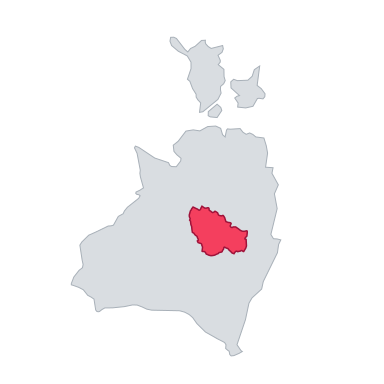 location of Järva within Estonia, rotated 103°
{"feature_id": "EST-1656", "entity_name": "Järva", "entity_type": "County", "adm_level": 1, "iso_a3": "EST", "parent_name": "Estonia", "parent_adm1": "", "projection": "orthographic", "projection_center": [25.661, 58.953], "detail": "fine", "context": "in_parent", "style": "filled", "palette": "rose", "viewbox_px": 384, "rotation_deg": 103, "n_neighbors": 0, "source": "natural_earth", "source_scale": "10m", "svg_char_len": 4369}
<svg xmlns="http://www.w3.org/2000/svg" viewBox="0 0 384 384"><g transform="rotate(103 192 192)"><path d="M309.6,288.7L308.4,289.0L301.4,288.0L293.7,284.4L290.4,281.7L287.1,281.8L283.1,283.7L269.0,289.3L265.5,288.1L257.3,282.9L253.1,277.3L244.0,266.0L243.2,263.3L242.0,261.1L232.3,258.3L228.7,254.2L225.7,253.6L221.4,251.5L210.1,242.5L207.3,241.7L206.6,243.2L206.7,245.3L206.0,246.5L204.6,246.5L202.0,243.2L198.9,240.2L189.0,245.6L185.5,247.0L182.4,247.3L166.7,254.2L161.9,258.0L160.0,257.5L160.5,253.9L167.3,235.9L168.7,221.5L171.1,219.6L171.8,217.6L170.9,213.0L164.3,210.0L161.6,210.3L159.1,215.2L156.5,218.7L150.6,220.8L145.7,216.9L134.0,211.6L131.2,204.8L130.7,198.1L124.7,191.4L122.4,183.7L123.5,178.4L129.3,175.1L130.9,172.1L123.9,172.3L122.5,171.6L122.2,168.8L119.4,159.4L122.3,155.8L123.6,152.2L121.5,149.1L122.2,145.7L124.0,142.2L123.2,134.1L130.3,130.0L137.1,127.1L151.3,125.9L150.1,118.5L155.8,118.3L165.6,109.5L175.2,111.3L189.0,105.3L215.6,105.6L219.2,102.1L218.6,98.5L218.7,94.7L223.6,95.8L232.0,95.1L263.2,102.4L270.9,102.3L281.7,109.7L287.5,111.5L304.4,111.2L330.7,113.8L335.6,108.5L336.1,107.1L338.7,109.9L342.0,114.4L342.9,117.0L341.9,118.6L338.8,120.0L338.2,121.5L336.9,124.0L333.2,124.5L331.3,126.4L329.3,134.3L325.4,147.4L319.2,157.5L314.2,163.1L312.0,167.3L310.7,172.3L310.5,177.4L316.2,204.7L316.3,209.7L315.2,214.8L314.5,220.0L315.4,224.5L318.9,232.1L322.8,243.5L324.5,250.8L326.9,253.4L329.3,255.3L329.8,256.5L329.8,257.8L328.6,259.3L318.4,263.4L317.1,266.7L316.1,270.4L311.7,275.9L310.4,280.9L309.7,286.7L309.6,288.7ZM79.4,185.5L82.7,187.9L85.9,187.3L89.1,185.9L96.0,187.6L111.4,199.5L112.7,202.6L103.2,203.6L100.9,207.0L98.6,209.3L95.8,210.0L91.1,214.7L84.6,219.0L83.2,221.8L72.0,220.7L65.7,222.2L60.5,227.2L57.9,237.1L53.9,244.8L50.0,247.4L46.1,247.6L45.3,244.6L45.9,241.7L54.6,231.1L56.5,227.6L52.5,225.7L49.3,221.7L42.2,216.8L41.1,213.1L42.8,212.9L44.5,212.0L46.6,209.0L47.8,205.6L42.4,195.1L45.5,193.7L49.2,194.2L52.9,197.4L57.3,194.1L59.1,193.7L62.0,195.1L65.3,188.5L72.4,186.7L76.0,184.7L79.4,185.5ZM94.9,167.1L90.8,171.5L88.5,169.6L87.4,167.4L81.8,177.4L76.0,179.0L72.8,176.8L73.3,172.9L70.5,162.7L65.7,159.4L58.8,158.8L54.0,154.4L73.5,152.5L75.7,147.8L79.9,142.9L82.8,142.5L85.3,143.8L85.6,147.8L86.2,149.3L94.8,151.9L98.0,158.6L99.0,166.6L94.9,167.1ZM114.0,193.4L110.0,194.2L100.8,187.3L103.1,183.0L105.9,181.3L113.8,184.3L114.7,191.1L114.0,193.4Z" fill="#d9dde1" stroke="#a8b0b8" stroke-width="1"/><path d="M231.3,182.5L229.2,183.4L225.7,184.6L224.7,185.3L223.9,185.8L220.8,186.9L219.9,188.0L218.5,187.7L216.7,189.0L215.0,189.5L210.7,189.3L209.8,188.8L208.6,188.6L206.4,187.6L207.2,184.1L207.4,182.9L207.6,182.4L207.9,181.8L208.1,181.3L208.1,180.8L207.6,180.2L206.8,179.8L205.3,179.6L203.6,179.1L204.6,176.6L204.8,175.9L204.6,174.7L203.8,173.1L203.7,172.5L203.9,172.0L204.5,171.6L205.6,171.3L206.0,170.9L206.2,170.4L206.6,169.1L207.1,168.4L207.4,167.2L206.6,166.0L205.8,165.6L205.6,165.2L205.6,164.9L206.5,162.4L207.3,161.8L207.7,161.6L208.2,161.3L208.6,160.7L208.7,159.7L208.7,158.8L208.6,157.8L208.3,157.3L208.0,157.0L207.9,156.5L207.9,156.2L209.5,154.5L213.2,152.3L213.5,150.1L213.3,148.1L213.4,147.3L213.9,146.8L215.0,146.9L215.8,147.1L216.5,147.2L217.0,146.8L217.4,146.3L217.6,145.9L217.6,144.9L217.1,144.4L216.8,144.0L216.2,141.6L217.5,138.3L218.3,136.7L218.7,135.4L218.9,134.2L218.6,132.4L218.1,131.2L217.6,130.4L217.6,129.8L217.7,129.4L219.3,129.0L222.6,128.6L224.4,129.7L225.2,130.0L225.6,129.9L225.9,129.8L226.0,128.6L232.3,126.8L234.6,127.0L238.3,128.2L238.5,128.6L238.2,129.3L237.9,130.0L237.9,130.6L238.0,130.9L238.2,131.2L238.6,131.4L239.3,132.9L239.9,134.0L239.6,135.0L239.8,135.7L241.0,136.6L242.7,137.2L242.4,139.3L241.1,141.2L240.5,142.5L239.0,144.3L238.9,146.0L238.4,147.8L238.6,148.3L239.0,148.5L240.3,148.4L240.9,148.5L242.1,149.1L243.2,149.2L243.8,149.6L245.0,152.1L246.0,152.5L247.4,154.5L248.3,155.5L248.9,156.7L249.6,158.5L249.8,159.5L249.8,160.4L249.8,161.1L249.7,161.8L249.4,163.1L249.3,164.1L248.0,165.2L247.8,165.5L247.5,165.9L247.3,166.5L247.3,167.0L247.6,168.1L247.4,168.9L244.4,169.2L243.5,169.3L243.0,169.5L242.4,169.9L242.0,170.3L240.9,170.7L240.3,171.3L240.1,172.3L240.1,173.2L240.0,174.0L239.9,174.7L238.5,175.8L237.6,175.1L236.6,175.3L235.1,176.6L234.7,176.7L234.1,177.1L233.8,177.7L233.4,178.8L233.0,179.5L231.6,181.1L231.3,182.5Z" fill="#f43f5e" stroke="#9f1239" stroke-width="1.5"/></g></svg>